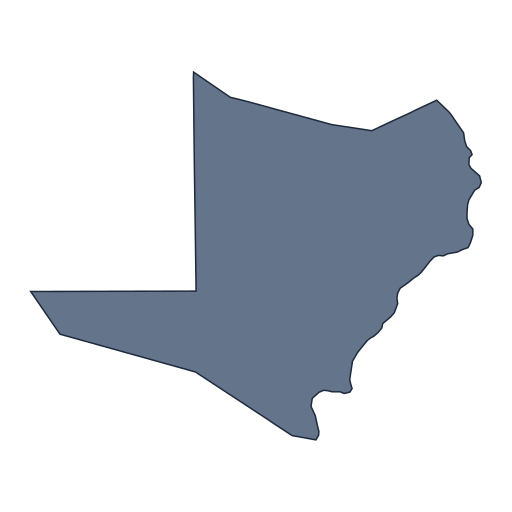 Carnaubais, Rio Grande do Norte, Brazil
{"feature_id": "56859067B9950716066401", "entity_name": "Carnaubais", "entity_type": "district", "adm_level": 2, "iso_a3": "BRA", "parent_name": "Brazil", "parent_adm1": "Rio Grande do Norte", "projection": "mercator", "projection_center": [-36.795, -5.268], "detail": "fine", "context": "isolated", "style": "filled", "palette": "slate", "viewbox_px": 512, "rotation_deg": 0, "n_neighbors": 0, "source": "geoboundaries", "source_scale": "gbopen_adm2", "svg_char_len": 1207}
<svg xmlns="http://www.w3.org/2000/svg" viewBox="0 0 512 512"><path d="M315.9,439.9L318.6,435.3L318.9,431.5L317.3,425.0L315.3,415.7L311.0,406.4L312.3,398.3L319.1,392.2L323.7,390.3L327.7,390.7L332.1,391.8L340.1,391.8L344.1,393.5L349.9,392.1L352.1,388.6L350.7,384.0L349.7,379.6L352.5,361.2L357.5,352.6L362.8,346.0L367.1,340.7L370.1,338.2L373.7,336.3L377.9,332.7L381.9,327.9L382.7,323.6L390.7,316.9L394.3,312.7L397.7,303.6L396.9,298.0L397.8,292.9L400.2,288.2L405.4,284.6L409.2,281.8L413.0,278.6L418.5,274.9L421.6,271.9L429.8,261.4L434.2,256.8L438.6,255.4L443.3,255.9L447.5,253.8L457.3,252.1L462.6,249.5L468.1,247.6L470.4,242.8L472.8,235.4L472.9,229.1L468.9,224.3L467.0,218.5L467.0,213.4L467.6,204.6L468.9,199.9L474.7,190.2L479.2,187.4L481.3,182.7L479.6,175.9L474.7,171.5L471.0,168.4L468.9,164.5L469.2,157.8L472.1,154.6L470.6,150.6L466.6,146.6L464.7,140.6L463.6,132.8L455.4,121.0L452.1,116.0L449.1,112.1L436.7,100.2L416.8,109.5L411.9,112.0L388.7,122.7L371.8,130.7L331.8,124.6L246.2,101.2L230.1,97.2L193.6,72.1L193.4,77.8L194.4,170.0L195.1,218.1L196.1,291.1L30.7,291.5L60.0,334.2L195.5,372.0L201.4,375.9L268.4,419.9L272.8,422.9L292.1,435.6L315.9,439.9Z" fill="#64748b" stroke="#1e293b" stroke-width="1.5"/></svg>